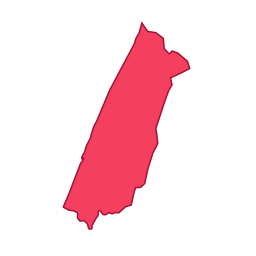 SVG path tracing the border of Vatovavy-Fitovinany, rotated 189°
{"feature_id": "MDG-5882", "entity_name": "Vatovavy-Fitovinany", "entity_type": "Autonomous Province", "adm_level": 1, "iso_a3": "MDG", "parent_name": "Madagascar", "parent_adm1": "", "projection": "equal_earth", "projection_center": [48.052, -21.409], "detail": "fine", "context": "isolated", "style": "filled", "palette": "rose", "viewbox_px": 256, "rotation_deg": 189, "n_neighbors": 0, "source": "natural_earth", "source_scale": "10m", "svg_char_len": 1829}
<svg xmlns="http://www.w3.org/2000/svg" viewBox="0 0 256 256"><g transform="rotate(189 128 128)"><path d="M179.6,39.9L176.0,54.0L169.3,85.7L168.6,87.1L167.7,88.5L167.1,89.9L167.4,91.2L168.3,90.1L168.8,90.4L169.0,91.6L168.8,93.0L168.4,94.3L167.2,97.0L167.0,98.5L166.7,101.6L166.1,104.6L163.7,111.8L163.5,113.0L163.3,115.7L162.2,123.3L161.3,126.6L160.3,128.8L151.9,162.8L143.5,187.3L135.0,211.9L134.1,217.8L131.9,223.7L130.7,233.9L123.8,226.5L115.5,226.5L107.2,222.1L104.7,212.1L98.9,207.6L96.4,211.0L90.6,209.8L79.7,203.2L76.4,196.5L83.9,190.9L93.8,184.2L91.3,177.5L93.8,170.8L96.3,157.5L100.4,131.8L97.9,123.9L96.2,117.2L99.5,107.2L102.0,90.4L102.8,75.8L106.2,71.4L111.2,70.2L112.0,64.6L112.8,52.3L117.8,50.1L123.9,42.7L124.3,42.8L124.8,42.8L125.6,42.6L127.3,42.5L127.7,42.4L128.0,42.2L129.3,41.2L129.6,41.0L130.0,40.9L130.4,40.8L130.8,40.8L131.7,40.9L132.5,41.1L132.9,41.2L133.4,41.2L133.8,41.1L134.2,41.0L134.5,40.8L135.3,39.8L136.1,39.1L136.5,38.9L137.3,38.7L138.1,38.6L138.7,38.6L139.1,38.7L140.3,39.7L141.6,41.0L142.3,41.6L142.9,41.9L143.3,41.9L143.7,41.7L144.0,41.5L144.2,41.2L144.3,40.8L144.3,40.4L143.9,39.1L143.8,38.7L143.8,38.2L143.8,37.7L144.0,36.7L146.1,32.4L146.2,32.0L146.3,31.4L146.5,30.4L146.7,30.1L147.3,29.1L147.5,28.6L147.6,27.6L147.8,27.2L148.0,26.8L148.4,26.2L148.4,25.8L148.3,25.4L148.0,24.6L147.9,24.2L147.9,23.7L148.0,23.3L148.2,23.0L148.4,22.7L148.7,22.4L149.1,22.3L149.6,22.2L150.2,22.1L150.6,22.3L150.9,22.5L151.2,22.8L151.4,23.1L152.8,26.3L153.0,26.6L154.2,27.7L155.7,28.8L156.5,29.2L157.2,29.5L157.6,29.5L158.1,29.4L160.1,28.7L160.9,28.6L161.3,28.8L161.7,29.1L162.1,29.6L163.2,30.6L163.5,30.9L163.8,31.3L164.0,32.2L164.1,32.7L164.1,33.8L164.1,34.4L164.2,35.0L164.4,35.7L165.0,36.4L165.5,36.7L168.8,37.7L173.6,37.6L179.0,39.5L179.6,39.9Z" fill="#f43f5e" stroke="#9f1239" stroke-width="1.5"/></g></svg>